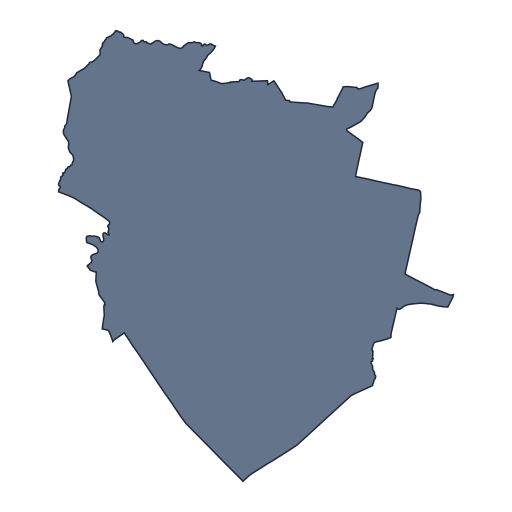 Tezontepec de Aldama, Hidalgo, Mexico
{"feature_id": "50627088B81234283975343", "entity_name": "Tezontepec de Aldama", "entity_type": "district", "adm_level": 2, "iso_a3": "MEX", "parent_name": "Mexico", "parent_adm1": "Hidalgo", "projection": "orthographic", "projection_center": [-99.302, 20.174], "detail": "fine", "context": "isolated", "style": "filled", "palette": "slate", "viewbox_px": 512, "rotation_deg": 0, "n_neighbors": 0, "source": "geoboundaries", "source_scale": "gbopen_adm2", "svg_char_len": 5787}
<svg xmlns="http://www.w3.org/2000/svg" viewBox="0 0 512 512"><path d="M215.5,46.1L213.6,45.4L211.4,44.1L210.7,43.9L209.8,43.9L209.2,44.2L207.8,45.1L207.2,45.2L206.2,45.0L205.1,44.1L204.2,44.2L203.6,44.4L203.2,44.9L202.8,46.0L202.6,46.1L202.2,46.0L201.6,45.6L201.2,44.1L200.9,43.5L200.3,43.0L199.4,42.7L197.7,42.6L196.7,42.7L196.1,42.6L195.0,42.2L194.6,41.9L194.0,41.9L193.4,42.3L192.0,42.6L189.0,42.7L187.9,43.0L185.6,44.5L183.7,46.0L182.6,47.3L181.3,48.2L180.0,48.3L178.3,47.9L175.8,46.8L172.9,45.2L170.2,44.0L168.6,44.1L167.8,44.8L167.1,44.8L165.9,44.6L164.3,44.5L161.9,43.0L160.6,41.6L159.6,41.0L158.0,40.5L156.8,40.6L155.1,41.2L152.9,42.8L152.8,43.1L151.9,43.2L151.1,44.0L150.6,44.0L148.2,43.3L147.2,43.1L147.0,42.9L146.6,42.0L146.2,41.7L145.6,41.7L144.1,41.9L143.7,41.4L143.3,40.5L142.0,40.3L141.4,40.6L139.5,42.5L138.8,42.9L137.9,43.0L137.4,43.5L135.7,43.7L134.5,43.3L133.6,42.5L133.3,42.1L133.1,40.3L132.6,39.7L132.3,39.6L131.5,39.5L131.0,39.2L129.8,38.5L127.7,37.5L124.2,37.3L123.7,37.1L123.7,35.9L123.9,35.3L122.9,34.1L121.2,32.5L120.2,32.1L118.5,31.9L118.3,31.7L118.1,31.1L117.9,30.9L116.8,31.0L115.6,30.7L115.2,31.1L114.9,32.2L114.0,33.1L113.6,33.3L113.1,34.4L112.3,34.5L110.8,36.1L109.7,36.3L108.9,37.1L107.5,37.3L106.8,37.7L106.3,38.2L106.3,38.9L105.7,39.4L104.7,40.7L104.0,42.0L102.8,42.8L102.5,43.4L102.7,44.6L102.3,45.0L102.3,45.6L102.5,46.1L100.3,49.2L99.9,50.2L100.2,53.1L99.9,54.9L95.4,59.5L92.9,61.5L91.8,62.1L90.8,62.1L89.8,62.3L89.1,63.2L88.9,64.1L87.4,65.3L84.9,67.9L82.6,69.4L80.8,70.3L78.5,71.8L76.9,72.6L75.2,75.2L73.8,76.8L71.6,77.9L70.1,78.6L67.9,80.8L71.4,96.4L67.1,120.1L66.8,123.6L66.1,124.7L65.2,125.3L64.8,126.0L64.9,127.0L63.4,130.3L63.4,133.0L64.1,134.9L68.3,141.3L68.7,143.0L68.6,145.1L68.2,147.4L69.2,150.5L69.8,152.0L72.9,155.3L73.5,158.1L73.6,159.3L73.4,160.8L72.4,162.6L72.0,164.5L71.8,164.9L71.1,165.1L70.5,165.4L70.3,166.0L69.8,166.6L68.3,166.8L67.8,167.2L67.2,168.5L66.8,168.8L65.8,169.3L65.6,170.0L65.2,170.8L64.8,172.4L64.5,172.8L63.4,172.7L62.9,173.0L62.7,173.8L63.0,174.8L63.0,175.4L61.6,176.3L60.8,176.9L60.6,177.5L60.7,178.5L60.5,179.5L59.8,180.7L58.6,183.8L58.6,185.0L59.0,185.6L60.3,186.6L60.3,187.7L59.6,188.4L58.9,189.4L58.5,191.8L69.0,195.8L74.2,198.1L82.4,203.3L82.5,203.2L91.9,209.0L104.6,217.8L109.6,221.6L109.5,224.0L108.0,225.4L107.7,226.6L107.8,226.8L108.5,227.1L108.7,228.0L108.8,229.3L108.0,232.2L108.8,233.3L108.9,234.0L108.8,235.0L107.4,234.3L105.0,232.9L104.0,232.9L103.6,233.1L103.3,233.4L103.0,233.9L103.0,236.3L103.8,239.1L103.6,240.3L102.9,241.8L102.4,242.0L101.5,241.9L100.9,241.4L100.5,240.9L100.2,240.3L100.0,239.4L99.1,237.7L98.3,237.1L96.2,236.4L93.9,236.1L92.2,236.2L89.8,235.8L87.3,236.2L86.8,236.5L86.5,237.0L86.3,237.7L86.5,241.5L86.7,242.1L87.3,242.8L88.6,243.1L92.8,244.8L94.1,245.5L96.3,247.1L97.6,248.7L98.2,250.5L98.1,251.6L97.4,252.8L96.2,253.5L92.5,254.7L91.4,255.7L90.8,256.6L90.8,257.3L91.3,259.0L91.8,260.0L91.9,260.9L91.7,261.8L90.2,263.5L87.8,265.2L87.2,266.1L90.3,270.2L94.8,271.9L96.4,272.2L96.2,273.3L95.8,281.4L98.6,291.5L98.8,293.4L99.1,294.9L104.8,302.8L104.9,303.4L104.7,303.8L104.4,304.2L105.0,305.0L103.9,305.8L103.9,308.9L104.3,315.4L103.5,319.7L102.2,328.9L108.2,330.3L108.6,330.8L110.2,334.2L111.9,338.7L112.8,341.6L114.0,340.1L124.2,332.9L129.2,340.3L132.6,345.7L137.8,352.9L142.5,359.9L144.7,363.0L145.2,364.0L158.9,384.5L165.0,393.5L170.4,401.1L181.2,417.2L184.8,421.9L186.0,423.6L209.2,447.0L224.8,463.0L243.1,481.3L244.2,480.1L245.5,479.0L248.4,476.3L251.7,473.7L267.2,463.9L272.2,461.0L285.5,452.6L296.7,445.3L307.1,435.9L328.5,416.2L350.9,395.8L354.7,393.7L372.5,385.6L373.0,383.3L373.7,381.7L374.2,379.7L374.7,379.3L375.2,378.6L375.3,377.6L375.6,377.3L375.7,376.4L375.6,375.6L374.8,374.8L374.5,374.1L374.5,372.5L373.8,371.1L372.7,369.7L372.6,366.0L372.0,365.1L371.4,363.6L371.1,362.4L371.1,362.0L371.3,361.7L372.2,361.2L372.5,360.9L372.6,360.5L372.5,359.8L372.8,358.7L372.4,358.6L372.5,358.4L373.1,358.5L372.7,357.7L372.9,350.9L372.5,350.8L372.0,349.7L372.0,349.3L372.8,346.2L373.9,343.1L374.3,342.5L374.7,342.2L377.2,341.6L379.9,341.1L388.3,338.6L391.0,337.4L391.0,335.0L391.2,333.1L397.0,308.2L397.8,308.9L398.5,309.2L399.3,309.3L399.8,309.2L402.5,307.4L403.8,306.3L407.6,304.7L412.0,304.0L420.2,303.2L426.0,303.5L428.3,303.9L430.1,303.9L437.8,305.9L442.3,306.6L447.8,307.1L452.9,297.1L453.5,294.6L450.5,295.1L436.4,289.6L435.7,289.8L434.6,289.7L430.1,287.1L413.6,278.6L405.7,274.4L405.0,273.9L413.9,234.3L415.0,229.2L418.2,215.4L418.8,213.8L419.8,212.4L419.8,210.9L420.2,204.7L420.9,198.8L420.5,191.6L418.6,190.1L410.3,188.5L398.2,185.6L395.8,185.1L393.5,184.8L388.5,183.6L385.0,183.0L366.2,178.7L355.5,176.5L357.5,166.7L362.8,142.4L349.1,132.3L347.4,130.9L346.7,130.2L346.6,129.7L346.7,129.1L347.4,128.5L349.6,127.8L350.6,127.3L361.0,121.4L365.3,116.6L366.8,113.9L367.5,112.9L369.5,111.3L370.2,110.5L370.9,109.6L371.6,108.6L372.2,106.7L375.0,93.2L376.1,90.4L377.5,88.3L377.9,88.2L378.1,85.6L378.0,83.1L365.3,86.9L361.1,88.4L358.6,89.0L357.3,88.3L357.1,87.7L356.9,87.5L355.9,87.3L355.0,87.4L348.6,86.6L344.1,86.7L343.2,86.9L341.7,90.1L337.0,99.1L337.0,99.8L332.7,107.1L327.3,106.5L307.2,103.0L303.7,102.9L289.9,101.9L289.5,100.6L285.6,100.2L281.7,92.5L278.2,87.4L275.4,82.8L273.8,80.8L270.9,82.8L267.8,84.6L267.5,80.7L251.7,81.3L252.1,80.5L252.1,79.7L250.5,78.5L249.4,77.9L248.6,77.8L247.9,77.8L246.6,78.5L245.2,79.4L244.6,80.1L243.9,80.2L242.5,79.8L240.6,79.6L240.0,79.9L239.6,80.4L239.4,81.1L239.1,81.4L238.3,81.7L230.4,82.0L230.4,82.6L228.4,82.7L226.0,83.2L223.3,83.5L222.0,83.5L220.6,83.4L218.0,82.2L213.1,80.6L211.1,80.2L209.5,72.5L199.2,70.4L200.1,69.7L201.3,68.2L202.1,66.3L202.7,63.8L203.7,61.0L204.6,60.0L205.3,59.4L206.4,57.9L207.1,56.6L207.1,56.2L207.6,55.4L210.8,52.7L213.0,50.2L214.1,48.5L215.5,46.1Z" fill="#64748b" stroke="#1e293b" stroke-width="1.5"/></svg>